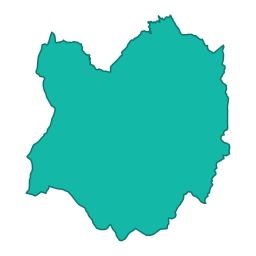 outline of Kon Tum, Kon Tum, Vietnam
{"feature_id": "81297802B636661033486", "entity_name": "Kon Tum", "entity_type": "district", "adm_level": 2, "iso_a3": "VNM", "parent_name": "Vietnam", "parent_adm1": "Kon Tum", "projection": "natural_earth1", "projection_center": [107.986, 14.341], "detail": "fine", "context": "isolated", "style": "filled", "palette": "teal", "viewbox_px": 256, "rotation_deg": 0, "n_neighbors": 0, "source": "geoboundaries", "source_scale": "gbopen_adm2", "svg_char_len": 5665}
<svg xmlns="http://www.w3.org/2000/svg" viewBox="0 0 256 256"><path d="M224.1,134.8L223.5,133.3L223.9,131.6L225.4,130.2L226.8,130.0L227.5,128.9L227.7,128.1L227.5,123.1L227.6,110.8L227.4,106.8L228.2,101.2L228.4,98.8L228.3,97.9L228.0,97.3L226.6,95.9L226.7,95.0L226.6,94.1L226.2,93.6L225.5,93.2L225.3,92.7L225.9,90.5L226.6,89.1L226.2,87.7L226.3,85.5L223.7,83.5L222.5,82.8L221.8,81.0L220.3,79.0L221.1,77.2L221.9,76.4L222.6,74.6L224.0,73.0L224.2,72.5L224.1,71.5L224.2,70.2L225.0,68.1L225.0,66.8L224.8,66.2L223.8,65.3L222.3,64.8L222.1,64.2L222.9,61.3L223.5,57.6L223.4,56.0L223.6,54.3L222.7,52.0L222.5,50.9L223.1,48.7L223.8,47.0L223.8,46.6L223.3,45.4L221.3,46.9L214.0,52.9L213.0,53.2L212.6,53.0L212.2,52.2L209.5,50.9L208.2,49.6L207.6,48.0L207.4,45.6L205.7,45.7L205.3,45.5L204.4,44.0L203.9,43.0L203.5,41.6L202.3,39.4L201.2,39.6L200.1,39.3L198.6,38.3L195.9,35.9L195.0,35.7L193.7,35.9L191.8,34.4L187.7,34.4L186.4,34.9L184.9,34.6L183.9,34.7L183.1,35.0L182.0,34.6L181.1,34.0L180.6,33.5L178.8,29.1L175.8,25.3L174.5,22.7L173.3,21.0L172.5,18.8L171.6,18.0L171.1,16.3L170.2,15.4L169.3,17.3L168.9,17.4L167.1,17.0L166.2,17.1L165.3,17.8L164.8,19.2L163.9,19.8L163.3,19.5L162.4,18.3L162.0,18.4L161.4,18.9L160.7,18.8L159.8,17.3L158.5,16.0L158.4,16.1L158.6,17.0L159.5,18.8L159.1,20.0L159.6,21.2L159.6,22.0L159.1,21.8L158.4,21.1L157.3,21.1L156.7,21.1L156.1,21.5L155.9,22.4L155.7,22.6L154.6,22.5L153.9,21.9L153.2,22.7L152.8,22.8L150.9,21.4L150.8,21.5L150.6,22.4L150.3,22.6L150.0,22.6L148.9,21.7L148.4,21.7L148.0,22.2L148.1,22.7L149.3,23.5L149.8,24.2L149.8,25.1L148.8,26.6L148.8,27.0L148.9,27.3L149.3,27.5L149.7,28.3L150.3,28.6L150.2,28.9L149.5,29.4L149.5,29.9L149.7,30.4L150.8,31.4L151.3,33.3L150.3,33.3L149.9,33.2L149.3,31.8L149.0,31.7L146.2,31.7L145.2,31.4L144.2,30.7L143.4,31.3L142.1,31.2L141.1,32.5L140.4,34.5L139.8,34.8L138.8,35.7L138.3,36.6L134.1,38.8L133.9,39.6L133.5,40.0L131.8,40.0L130.5,40.9L128.7,43.6L127.7,44.9L127.3,46.5L126.9,47.1L125.1,49.1L122.0,51.8L121.8,52.6L122.2,54.6L122.2,55.3L120.7,56.1L117.6,59.8L112.7,64.5L110.6,67.0L110.6,71.9L108.6,72.1L105.7,71.2L104.3,71.3L102.9,71.0L101.2,69.9L98.9,69.0L97.6,69.7L97.0,69.8L95.5,68.9L94.3,66.5L93.1,65.5L92.7,65.8L92.2,65.2L91.4,64.6L90.0,64.4L90.0,63.8L90.3,63.3L90.5,62.1L90.1,61.3L89.9,60.5L89.1,59.0L89.2,58.7L90.0,58.9L90.3,58.9L90.2,58.5L89.2,56.7L89.3,56.3L89.6,55.8L89.6,55.1L88.7,54.9L87.9,55.1L86.2,54.6L85.4,53.7L84.0,52.7L83.8,51.8L83.5,51.4L82.7,51.1L82.3,50.8L82.2,50.3L82.2,46.8L82.0,46.4L81.4,45.8L81.3,44.1L79.8,44.0L77.8,42.4L75.3,42.1L74.0,41.6L71.9,42.5L68.1,42.3L67.3,42.7L66.4,42.0L64.7,41.3L63.6,40.3L63.1,40.9L62.4,41.2L61.4,41.7L60.4,41.9L59.8,42.7L59.6,42.7L59.2,42.2L58.7,42.2L57.3,42.4L56.6,42.8L56.1,42.7L55.6,42.4L55.3,41.9L55.3,41.3L55.0,37.5L54.6,35.3L53.2,33.3L51.8,32.4L50.8,34.9L49.0,41.3L47.9,44.2L47.3,44.7L46.8,44.8L45.4,44.1L44.6,44.1L42.5,44.7L42.2,45.0L41.8,47.7L41.3,49.9L38.5,56.3L38.0,60.0L37.3,68.0L37.2,68.8L36.2,71.0L36.1,72.0L36.3,72.7L36.7,73.3L37.4,73.8L38.8,74.4L39.5,75.8L40.0,76.3L40.5,76.5L42.4,76.6L43.0,76.8L44.1,77.5L44.5,78.1L44.6,78.7L44.4,79.5L43.4,81.6L43.2,84.3L43.3,86.2L44.3,90.5L46.0,93.9L46.4,95.9L47.2,98.1L50.1,103.0L51.2,105.3L51.9,106.0L54.2,107.3L55.0,108.4L55.1,109.2L55.0,110.5L54.1,114.1L53.3,116.1L52.0,118.8L51.1,122.9L50.5,125.2L49.9,126.4L47.7,129.1L46.9,132.6L46.4,133.1L44.3,134.1L44.0,134.6L43.8,136.0L41.8,137.7L39.6,140.6L37.1,142.8L33.9,144.7L32.9,146.2L32.4,147.9L31.7,148.8L31.3,150.5L30.7,152.0L30.0,153.2L27.2,156.5L27.3,157.1L27.6,157.6L29.2,158.6L29.9,159.2L30.5,159.5L31.3,160.8L32.1,163.5L32.4,166.6L32.5,168.6L32.2,170.5L30.4,174.5L30.5,176.3L30.3,177.3L30.4,178.2L29.5,179.7L29.4,186.6L29.1,189.6L28.4,190.5L27.2,191.7L26.4,193.1L31.4,194.3L33.1,194.9L34.5,195.7L35.0,195.8L36.3,195.3L38.7,193.7L40.5,192.2L41.3,191.9L41.8,191.9L45.7,193.3L46.0,193.1L46.8,190.8L48.3,189.0L48.8,187.6L48.9,186.4L49.0,186.2L57.9,188.8L61.7,189.2L63.2,189.6L65.3,190.7L67.8,191.5L68.4,192.0L71.6,195.5L76.7,202.1L78.1,203.7L79.6,205.0L84.3,207.5L85.2,208.4L85.5,209.1L86.1,210.9L87.9,213.2L88.6,215.4L89.1,216.2L92.2,220.0L92.6,220.9L92.8,222.3L93.0,223.1L95.2,225.9L96.5,228.1L98.7,229.0L100.6,229.5L104.4,229.5L105.6,229.3L106.8,228.6L108.0,227.5L109.2,225.6L110.1,224.6L110.4,224.6L111.1,225.5L112.6,228.8L115.8,232.8L116.2,235.0L117.5,237.3L119.5,240.2L120.7,240.6L121.5,240.6L123.0,240.1L125.1,238.8L125.7,238.1L128.4,234.0L129.2,233.1L131.2,231.6L134.2,229.8L135.5,228.4L142.6,233.0L145.9,235.0L147.5,235.3L149.9,235.3L153.6,234.2L160.6,229.1L166.2,228.7L167.1,228.4L167.2,228.1L167.3,225.5L168.7,223.8L168.7,221.3L168.4,219.3L168.8,218.1L169.5,218.1L171.2,218.7L171.7,218.8L174.4,217.6L175.4,216.8L175.9,215.2L175.9,214.4L175.6,213.4L174.8,212.5L174.8,212.2L175.5,211.7L175.8,211.2L177.5,207.6L178.9,205.7L180.6,204.0L180.8,203.5L180.7,202.6L181.7,202.0L182.5,200.8L183.5,198.5L183.8,194.7L185.8,194.3L188.1,191.6L191.1,192.1L193.3,195.7L194.1,196.0L195.2,196.1L195.9,196.4L198.7,198.7L200.3,200.8L201.4,202.0L203.4,203.0L204.6,203.3L205.6,203.2L204.8,201.1L205.0,198.8L205.8,197.6L207.9,196.3L207.6,194.5L207.8,193.8L208.1,193.4L209.4,192.8L209.5,191.1L210.4,187.8L212.6,185.0L212.6,184.4L211.2,182.6L211.3,182.0L212.2,181.3L212.3,180.9L211.9,179.5L211.9,178.6L212.5,177.6L213.4,176.6L214.6,175.4L215.6,174.8L215.8,174.4L215.9,173.4L215.6,172.3L214.9,171.2L214.6,170.1L215.3,169.1L216.9,168.0L216.4,166.4L216.2,165.1L216.7,162.9L217.7,161.9L220.9,160.5L222.1,159.2L223.9,158.6L223.8,158.0L223.2,155.3L226.6,155.7L229.5,153.8L229.0,151.0L229.6,148.3L229.5,145.9L229.3,145.2L228.8,144.5L227.4,143.6L223.9,142.4L221.3,140.0L220.9,139.1L220.8,137.9L221.6,135.8L222.6,135.1L224.1,134.8Z" fill="#14b8a6" stroke="#0f766e" stroke-width="1.5"/></svg>